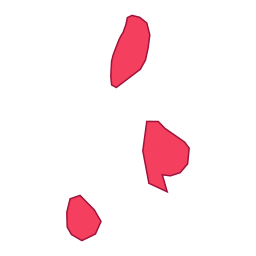 Kumlinge, Albers equal-area conic projection
{"feature_id": "ALD-4822", "entity_name": "Kumlinge", "entity_type": "state/province", "adm_level": 1, "iso_a3": "ALA", "parent_name": "Aland", "parent_adm1": "", "projection": "albers", "projection_center": [20.759, 60.281], "detail": "fine", "context": "isolated", "style": "filled", "palette": "rose", "viewbox_px": 256, "rotation_deg": 0, "n_neighbors": 0, "source": "natural_earth", "source_scale": "10m", "svg_char_len": 610}
<svg xmlns="http://www.w3.org/2000/svg" viewBox="0 0 256 256"><path d="M167.2,191.8L148.9,183.3L142.8,150.8L146.8,121.4L158.3,121.5L164.8,128.3L184.6,142.1L189.2,148.2L187.6,163.9L180.1,172.7L170.5,175.8L162.3,174.8L167.2,191.8ZM140.4,69.2L116.3,87.5L111.6,84.9L110.8,76.3L111.0,71.9L111.6,61.0L113.3,54.5L118.6,40.6L120.8,36.1L123.2,32.2L125.9,24.6L127.4,17.6L132.0,15.4L139.6,17.3L146.8,23.0L149.8,35.0L148.1,48.0L145.5,60.0L140.4,69.2ZM80.0,195.4L94.3,209.9L101.0,221.5L95.4,234.0L81.9,240.6L71.5,234.6L67.2,227.0L66.8,212.3L70.1,198.8L80.0,195.4Z" fill="#f43f5e" stroke="#9f1239" stroke-width="1.5"/></svg>